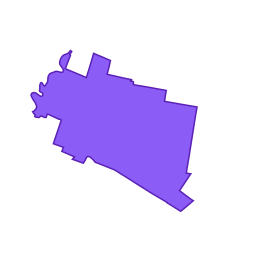 Platonesti, Ialomita, Romania, rotated 309°
{"feature_id": "2599482B5034818098207", "entity_name": "Platonesti", "entity_type": "district", "adm_level": 2, "iso_a3": "ROU", "parent_name": "Romania", "parent_adm1": "Ialomita", "projection": "mercator", "projection_center": [27.7, 44.591], "detail": "fine", "context": "isolated", "style": "filled", "palette": "violet", "viewbox_px": 256, "rotation_deg": 309, "n_neighbors": 0, "source": "geoboundaries", "source_scale": "gbopen_adm2", "svg_char_len": 2937}
<svg xmlns="http://www.w3.org/2000/svg" viewBox="0 0 256 256"><g transform="rotate(309 128 128)"><path d="M98.5,221.8L112.6,224.5L112.3,222.3L112.2,220.7L112.1,217.2L112.0,215.3L111.9,212.7L111.9,211.3L111.7,207.5L131.7,205.6L131.9,205.6L131.5,205.0L131.2,204.4L130.2,202.7L129.7,201.8L129.6,201.7L133.2,199.6L144.4,193.3L159.3,184.7L178.0,173.9L187.8,168.4L179.3,153.3L171.7,139.6L174.1,138.2L175.1,137.6L176.2,136.9L176.5,136.8L176.6,136.7L176.9,136.5L179.1,135.3L180.6,134.5L181.3,134.1L177.4,127.1L173.5,119.9L170.6,114.7L167.2,108.7L165.6,105.9L165.4,105.7L165.3,104.7L165.5,104.5L165.7,104.3L166.0,104.2L166.4,104.0L166.6,103.9L166.7,103.7L166.9,103.5L167.1,103.3L167.3,103.0L167.3,102.8L167.3,102.7L166.8,101.8L166.6,101.3L166.2,100.7L166.1,100.3L166.2,100.1L166.3,99.9L166.6,99.9L167.0,100.2L167.3,100.5L167.6,100.6L167.8,100.5L167.8,100.3L164.2,93.4L156.6,78.0L161.8,75.6L163.0,75.1L169.4,71.9L167.9,66.6L167.3,64.3L165.0,56.6L164.5,54.6L164.4,54.3L157.6,57.2L147.3,61.4L141.0,63.9L138.6,55.5L134.6,42.0L142.8,39.3L148.3,37.6L148.5,37.3L148.4,36.6L148.4,36.4L148.5,36.3L149.3,36.3L149.8,36.4L151.4,36.3L152.1,36.1L152.1,35.9L152.0,35.1L151.9,34.5L151.9,34.4L151.7,34.4L151.4,34.5L150.4,34.6L150.0,34.6L148.3,34.3L146.9,33.7L146.1,33.2L145.0,32.5L143.8,32.0L142.8,31.8L141.5,31.8L140.6,31.9L139.0,32.2L137.4,32.9L136.4,33.3L135.3,34.1L134.5,35.1L133.1,39.8L132.4,41.2L131.6,41.9L130.7,42.1L130.1,42.0L129.5,41.4L128.4,39.6L128.0,38.5L127.7,37.7L126.5,36.2L125.4,35.5L123.9,34.7L123.2,34.3L122.5,33.8L121.3,33.2L120.2,33.1L119.3,33.2L118.6,33.3L117.1,33.9L113.6,36.3L112.8,36.6L111.6,36.7L110.2,36.8L108.7,37.0L108.3,36.9L108.0,36.7L108.0,36.1L108.1,35.6L108.2,35.0L108.5,34.2L108.8,33.5L108.9,32.8L108.9,32.4L108.7,32.1L108.3,31.8L107.9,31.7L106.4,32.3L105.4,32.7L103.9,34.1L103.1,34.7L102.3,35.1L101.2,35.8L100.8,36.5L101.0,38.0L101.3,39.1L101.1,40.1L100.5,40.8L99.6,41.1L98.6,41.1L97.6,40.0L97.4,37.9L97.3,35.3L97.2,34.3L96.8,33.4L96.0,32.2L94.6,31.5L93.4,31.5L92.5,32.0L91.7,33.2L90.2,36.8L89.3,39.9L87.8,42.7L87.3,43.4L86.4,44.0L85.5,44.3L84.2,44.4L82.0,44.3L80.7,43.6L80.0,45.5L79.9,46.0L79.9,47.5L79.8,47.8L78.9,47.9L78.3,48.2L78.3,48.6L78.4,49.4L78.7,50.0L80.1,52.1L80.3,52.4L80.9,52.5L82.1,52.6L82.4,52.6L82.8,53.1L83.6,56.1L84.2,57.3L84.6,57.6L84.9,57.7L85.8,57.3L86.4,57.1L86.8,57.0L87.3,56.8L88.0,56.6L88.4,57.4L88.7,58.3L89.9,63.0L90.4,65.1L91.3,68.7L91.7,69.0L91.8,69.5L91.9,69.9L92.0,70.4L92.2,71.1L91.3,71.5L72.0,78.7L69.9,79.5L69.3,79.7L68.8,79.9L69.6,82.2L70.6,84.9L72.3,90.0L68.2,91.3L70.1,97.9L71.9,104.6L68.7,104.4L72.5,115.4L74.2,115.3L76.3,114.9L80.1,114.2L81.0,115.5L81.6,116.3L81.6,117.8L81.4,120.9L81.1,122.2L81.0,123.2L80.8,123.4L80.8,123.8L80.8,124.2L83.3,132.0L86.9,143.7L87.0,143.9L87.3,146.5L88.1,153.2L89.3,162.9L89.7,166.7L90.3,172.2L91.0,177.8L92.1,187.3L93.1,193.9L94.8,205.4L94.5,205.5L94.9,208.7L96.4,221.3L97.1,221.5L98.5,221.8Z" fill="#8b5cf6" stroke="#5b21b6" stroke-width="1.5"/></g></svg>